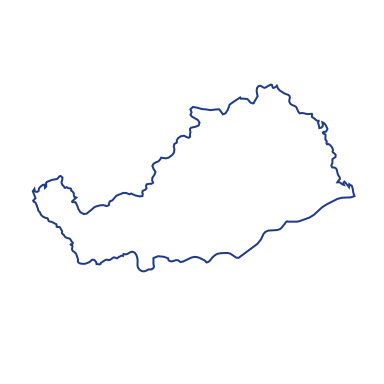 outline of Kédougou, rotated 338°
{"feature_id": "SEN-5515", "entity_name": "Kédougou", "entity_type": "Region", "adm_level": 1, "iso_a3": "SEN", "parent_name": "Senegal", "parent_adm1": "", "projection": "albers", "projection_center": [-12.553, 12.877], "detail": "fine", "context": "isolated", "style": "outline", "palette": "blue", "viewbox_px": 384, "rotation_deg": 338, "n_neighbors": 0, "source": "natural_earth", "source_scale": "10m", "svg_char_len": 5548}
<svg xmlns="http://www.w3.org/2000/svg" viewBox="0 0 384 384"><g transform="rotate(338 192 192)"><path d="M272.1,122.4L272.4,123.9L273.6,124.2L277.1,126.0L278.2,126.7L278.7,127.8L279.5,130.4L280.1,131.4L281.7,132.7L282.5,132.8L283.2,132.0L288.8,127.7L289.1,125.1L289.9,122.2L291.3,119.9L293.3,118.8L295.2,119.1L296.2,120.2L297.0,121.5L298.3,122.6L299.6,122.7L302.2,122.2L305.5,122.0L306.2,122.6L306.0,124.6L306.3,126.0L307.8,126.1L309.5,125.7L310.5,125.2L310.5,128.2L311.5,130.9L314.8,135.5L317.8,138.2L318.4,139.5L318.2,141.0L316.5,143.5L316.0,145.0L316.4,147.4L317.7,149.1L319.3,150.6L320.5,152.4L320.6,157.2L321.3,159.4L323.7,160.0L325.5,161.1L327.1,162.3L328.8,163.3L331.0,163.9L332.4,164.4L332.3,165.4L331.5,166.5L331.3,167.2L333.1,169.9L333.9,171.6L334.4,172.4L334.9,172.9L336.1,173.4L335.9,174.0L335.2,174.6L334.7,175.2L334.7,176.3L334.4,179.0L334.0,180.4L336.1,180.8L337.7,180.1L338.6,178.6L339.0,176.2L340.1,177.4L340.7,178.8L341.0,180.3L341.3,183.9L340.9,184.7L340.0,185.3L338.9,186.2L338.3,186.2L337.4,185.8L336.5,185.5L335.6,185.9L335.5,186.8L336.2,187.5L336.9,188.2L337.2,188.9L336.7,190.3L335.9,191.8L335.4,193.2L335.9,195.4L335.7,196.0L335.3,196.6L334.9,197.4L335.0,198.2L335.5,198.5L336.2,198.6L336.5,198.7L336.7,198.8L337.2,199.5L337.7,200.5L338.2,201.6L338.5,203.0L338.6,204.7L338.3,206.2L337.4,207.2L337.4,207.8L338.8,210.3L339.1,211.6L338.0,213.4L336.1,213.7L334.4,214.3L333.0,217.9L331.9,218.7L331.1,219.7L331.2,221.7L331.7,222.1L332.8,222.4L333.8,223.2L334.5,224.6L334.5,226.0L333.8,230.4L334.0,231.8L334.3,232.8L334.4,233.8L334.1,235.3L331.3,236.7L330.4,237.5L331.9,238.0L332.8,238.7L334.4,241.4L335.5,242.3L335.4,241.3L336.2,239.9L337.2,239.5L338.0,241.6L338.3,242.8L339.2,245.1L339.4,246.3L340.5,244.6L340.8,243.8L342.5,246.2L342.2,249.4L341.3,253.0L341.1,256.7L337.4,256.5L328.6,253.4L324.1,252.9L312.5,253.9L306.9,254.9L296.6,258.8L291.5,259.7L280.5,259.3L277.8,258.7L269.6,255.3L269.5,255.0L269.2,254.9L268.3,254.9L267.7,255.1L266.2,256.2L261.1,259.0L259.3,259.4L256.5,259.1L248.4,256.4L245.0,256.5L242.6,257.7L238.2,261.8L233.2,264.6L210.5,270.5L208.4,269.4L204.5,263.6L202.1,261.8L196.3,259.7L193.5,259.0L191.2,258.9L188.9,259.4L186.3,260.4L182.4,262.6L181.4,262.9L181.2,262.9L179.3,262.9L178.8,262.3L178.7,261.4L178.0,260.1L174.2,255.8L172.0,254.0L169.4,252.9L166.6,252.6L157.9,253.1L155.2,252.7L154.4,251.6L153.8,250.3L151.7,249.2L147.7,248.9L146.4,248.4L145.0,247.1L144.7,245.9L144.9,245.0L145.0,244.5L141.6,241.5L136.4,238.8L131.5,238.8L129.3,244.3L128.8,247.0L127.3,248.3L125.1,248.5L122.7,247.5L120.1,247.8L117.7,247.6L115.8,246.5L114.2,244.3L113.6,241.6L114.1,239.3L116.1,234.7L116.6,232.3L116.8,229.5L116.2,226.9L114.5,225.1L112.5,224.7L110.1,225.1L107.7,225.2L105.3,223.9L104.0,225.5L102.9,224.7L102.1,224.6L101.1,224.8L99.9,224.8L98.2,225.3L97.7,225.4L97.1,225.1L95.8,223.7L95.0,223.3L94.0,223.4L91.8,224.0L90.6,224.2L89.4,224.0L87.8,222.9L86.7,222.6L85.5,222.7L81.5,223.5L80.8,223.7L80.5,224.1L80.1,224.5L79.3,224.5L78.7,224.3L77.5,223.4L76.9,223.2L76.5,223.1L76.9,220.9L75.9,218.3L74.1,217.4L73.3,217.6L72.6,217.9L71.6,218.3L70.2,218.6L67.1,218.6L65.4,218.3L63.9,217.7L62.2,216.8L61.2,216.1L60.3,214.9L60.1,214.0L60.2,213.3L60.9,212.2L61.1,211.4L61.4,206.4L61.3,205.5L60.9,204.7L60.5,203.5L59.6,202.5L59.3,201.5L59.2,200.7L59.4,200.0L59.7,199.3L60.5,198.2L60.8,197.6L60.9,196.8L60.5,196.2L59.9,195.7L59.8,195.3L60.2,195.1L60.9,195.2L61.7,195.2L62.3,194.9L62.5,194.0L61.9,193.0L61.4,189.7L60.8,189.2L59.0,187.9L57.8,186.5L57.3,185.4L56.9,183.2L56.2,182.3L56.0,181.5L56.2,181.0L56.6,180.4L56.9,179.6L56.3,175.3L56.1,174.9L55.5,174.5L54.7,174.3L53.8,173.9L53.5,173.4L53.7,172.8L54.0,172.2L54.2,171.4L54.0,170.8L53.0,169.9L52.0,168.6L50.6,167.0L48.5,165.7L48.2,165.0L48.2,164.2L48.3,163.4L48.3,162.4L47.8,161.9L47.1,161.6L46.3,160.9L44.5,158.9L43.6,156.9L43.4,155.6L43.3,153.3L42.7,152.3L42.6,151.4L42.7,150.6L42.9,149.8L42.9,147.6L43.0,146.6L42.9,143.7L42.6,142.7L42.2,142.1L41.6,141.8L41.5,140.5L44.6,139.1L44.7,131.7L47.0,130.1L46.6,132.4L47.4,133.4L48.9,133.9L50.2,133.6L51.0,132.0L51.7,131.2L53.7,130.2L56.4,129.5L58.1,130.0L57.2,133.0L58.9,132.3L60.0,129.1L61.2,128.3L66.7,128.3L71.9,129.4L73.5,128.6L74.9,127.8L76.2,128.0L77.3,130.2L76.0,132.5L75.0,133.6L74.4,134.8L74.5,136.9L75.0,138.0L75.3,139.0L75.5,140.2L75.9,140.7L76.9,140.6L77.7,140.6L78.1,141.1L78.5,141.9L79.4,142.5L80.3,143.0L80.9,143.5L81.0,144.2L80.5,145.4L81.4,146.8L81.9,148.7L81.3,150.5L81.0,152.3L82.7,153.8L77.3,155.8L77.3,156.6L80.1,157.8L80.5,161.2L80.3,165.4L80.9,168.9L83.4,171.9L86.1,172.6L91.9,170.9L95.8,169.5L97.7,169.5L101.7,169.9L105.2,171.1L107.5,173.1L109.9,173.1L111.1,171.1L112.3,169.9L115.0,169.9L118.2,168.3L120.5,167.1L128.0,167.1L130.7,168.3L133.1,170.7L135.1,170.7L138.2,174.0L141.7,176.4L144.5,177.2L145.7,175.2L145.7,173.6L146.9,172.4L149.2,172.4L151.2,171.6L151.6,169.2L152.8,167.9L155.5,168.4L157.5,169.2L159.4,168.8L159.4,166.3L160.6,163.9L163.8,161.9L165.7,159.5L165.0,156.3L165.0,153.0L166.9,151.4L169.7,151.0L172.4,151.0L174.8,149.8L176.3,148.6L178.3,149.8L180.3,151.0L183.4,151.4L187.7,150.2L190.1,148.6L191.7,145.8L192.1,142.9L193.6,140.9L196.4,140.5L197.2,138.5L199.1,136.9L202.7,136.1L205.8,136.9L207.8,139.3L209.3,140.5L210.9,140.1L211.7,137.7L212.9,136.1L213.7,132.8L215.2,132.0L219.5,132.8L223.1,132.8L225.0,130.4L224.3,127.2L220.3,122.3L219.5,119.9L221.5,117.9L221.5,114.7L224.6,113.5L228.6,115.9L232.1,118.7L236.0,120.7L240.0,123.1L244.7,124.3L248.2,125.5L249.0,128.4L249.8,131.6L252.5,131.6L256.1,129.1L259.6,125.1L264.3,123.9L272.1,122.4Z" fill="none" stroke="#1e3a8a" stroke-width="2"/></g></svg>